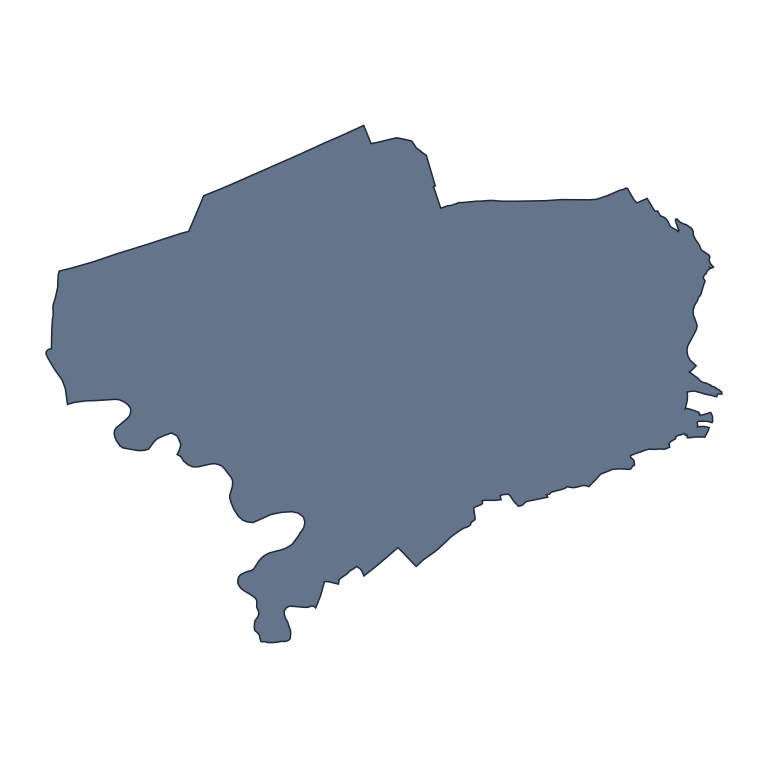 outline of Grosi, Maramures, Romania
{"feature_id": "2599482B61705992201694", "entity_name": "Grosi", "entity_type": "district", "adm_level": 2, "iso_a3": "ROU", "parent_name": "Romania", "parent_adm1": "Maramures", "projection": "natural_earth1", "projection_center": [23.601, 47.611], "detail": "fine", "context": "isolated", "style": "filled", "palette": "slate", "viewbox_px": 768, "rotation_deg": 0, "n_neighbors": 0, "source": "geoboundaries", "source_scale": "gbopen_adm2", "svg_char_len": 6092}
<svg xmlns="http://www.w3.org/2000/svg" viewBox="0 0 768 768"><path d="M315.7,607.9L320.6,595.7L324.5,581.6L328.5,581.7L338.4,584.1L339.4,579.1L347.5,573.5L349.6,570.9L352.8,569.3L356.6,566.5L360.4,569.0L362.0,571.3L363.9,576.0L377.4,565.3L398.0,547.6L403.8,553.5L416.1,566.5L423.4,559.8L434.4,552.0L438.1,549.1L450.9,537.0L454.5,534.2L460.6,530.0L464.4,527.9L466.6,527.3L468.0,526.6L469.4,525.8L470.4,524.9L471.4,522.2L472.0,521.7L473.1,521.2L474.9,519.6L475.2,519.0L475.1,517.9L474.3,512.9L473.8,508.4L474.2,507.5L475.8,506.7L477.6,506.1L481.6,504.4L482.5,503.3L482.2,500.5L488.8,500.2L494.3,500.4L501.1,499.7L500.1,495.5L502.3,494.8L508.2,494.1L510.1,495.8L513.7,501.2L518.3,506.1L519.3,506.2L520.9,505.7L522.7,504.9L525.4,502.3L526.1,501.8L527.4,501.3L547.7,497.2L546.8,495.2L546.4,494.8L548.7,494.2L549.3,494.3L550.2,493.1L551.9,491.9L554.0,491.6L556.3,490.7L560.1,490.0L564.5,488.5L565.9,487.8L567.0,486.7L571.3,487.5L573.7,487.7L577.5,487.0L582.0,485.7L584.5,485.5L586.9,485.9L588.8,486.6L596.3,479.1L599.7,475.2L600.7,474.2L601.4,473.8L607.7,471.4L611.8,469.6L613.4,469.2L619.1,468.9L629.9,469.3L630.7,468.9L633.1,465.8L633.6,465.4L634.5,465.2L634.2,461.6L633.9,460.5L632.5,458.9L631.3,458.0L630.9,457.5L630.6,456.7L630.5,456.2L630.6,455.8L631.7,455.0L633.9,454.4L634.2,454.1L636.7,453.1L640.7,452.0L644.2,450.5L648.6,449.3L649.7,449.2L654.8,449.4L659.7,449.0L664.7,449.2L665.7,448.9L669.7,447.2L669.1,444.6L668.5,444.1L668.6,443.7L671.2,441.3L675.5,438.8L675.7,438.6L675.7,437.2L676.6,436.2L679.0,435.1L679.9,435.1L684.6,433.6L685.5,435.5L687.1,435.3L687.3,437.7L690.0,437.7L693.7,437.1L696.0,437.0L704.9,437.1L706.2,434.5L707.9,431.5L709.2,427.6L706.7,426.9L703.4,426.4L700.8,426.5L697.5,427.0L697.7,425.6L697.3,423.4L697.4,421.9L698.1,421.5L699.9,421.3L705.8,421.2L707.6,421.4L712.0,422.6L712.8,420.8L712.4,418.8L712.6,417.7L712.5,416.6L712.2,415.5L711.3,413.5L710.6,412.4L710.2,412.4L706.5,413.8L703.5,414.6L701.9,415.0L699.9,415.1L700.1,414.8L700.0,414.4L698.9,413.2L698.9,412.2L696.9,411.6L693.0,410.1L688.5,408.8L686.1,408.3L685.5,408.3L685.3,408.5L687.3,400.3L687.5,395.5L687.1,391.9L688.6,391.8L691.6,391.2L694.5,391.1L701.8,393.1L704.5,394.0L711.5,395.4L716.6,396.8L717.1,395.6L718.2,393.8L721.9,394.1L721.7,391.9L721.0,391.7L719.5,390.2L713.7,386.6L711.5,386.3L711.2,386.0L710.9,385.2L708.3,384.2L707.4,383.5L701.7,381.9L698.9,379.6L698.2,378.5L689.4,372.0L690.7,371.2L696.2,365.8L690.6,360.6L689.6,359.3L688.1,356.5L687.7,355.1L687.3,353.2L687.0,350.5L687.2,348.5L687.9,345.6L694.7,332.9L696.0,330.3L696.8,327.8L697.1,326.2L696.7,323.9L693.7,315.8L693.3,314.1L693.1,311.6L693.2,310.2L694.5,305.6L697.3,300.9L698.1,298.9L698.4,297.3L700.1,295.8L701.0,294.0L703.3,286.0L705.1,281.0L703.2,277.9L704.2,275.3L706.1,273.6L706.5,273.0L706.7,271.9L707.3,271.0L708.2,270.0L709.5,269.1L710.3,268.3L709.9,267.6L711.2,268.2L712.2,267.9L713.5,267.0L710.7,264.0L709.5,261.5L709.2,260.0L709.2,258.5L709.8,257.7L709.9,257.0L709.4,255.7L708.3,254.5L707.4,254.1L705.4,252.5L703.8,251.6L701.0,249.6L699.4,245.3L698.0,243.0L695.8,240.0L693.8,236.1L693.4,234.7L693.2,232.2L692.7,230.0L691.1,227.9L686.1,224.6L683.8,224.0L681.1,222.7L679.5,221.6L677.0,219.0L675.9,219.0L675.5,219.4L675.5,220.6L677.9,228.1L678.9,230.6L678.0,231.6L676.5,230.0L671.3,227.2L670.1,226.1L668.0,221.4L666.1,218.8L664.5,217.5L660.5,215.8L659.3,214.1L657.9,211.4L657.1,211.0L654.8,211.1L647.1,198.4L636.9,202.9L633.7,199.4L627.6,188.6L625.9,188.0L623.5,189.3L619.1,190.5L607.7,195.5L596.6,199.3L589.4,199.8L561.2,199.6L545.4,200.7L517.7,201.2L503.0,201.2L497.2,200.9L493.0,200.4L488.2,200.5L481.3,201.1L475.7,201.2L471.6,201.7L461.7,202.6L459.5,202.5L457.6,202.9L455.8,204.1L454.2,204.1L452.5,205.1L450.1,205.5L447.9,205.7L440.7,208.2L433.5,186.5L435.3,185.9L426.3,155.3L420.6,151.4L420.9,151.2L416.3,147.9L412.2,141.5L411.3,141.0L410.1,140.6L397.8,137.9L395.4,138.0L377.8,142.3L371.1,143.6L363.7,125.4L339.9,136.3L325.5,142.5L300.6,153.9L247.8,177.1L222.7,188.1L203.7,195.7L199.7,205.5L188.7,231.4L181.2,233.3L148.0,244.1L116.8,253.8L93.0,261.9L72.1,267.9L59.2,271.1L58.2,274.5L57.6,287.6L55.8,295.8L54.6,300.5L53.3,304.1L52.9,306.8L53.2,314.8L52.4,319.6L51.8,329.9L51.4,347.8L51.5,348.8L49.4,349.0L48.2,349.6L47.0,350.7L46.1,352.2L46.1,354.2L47.5,357.4L52.0,365.1L55.7,371.0L62.1,380.0L65.3,388.5L67.5,404.4L74.9,402.3L85.8,400.9L97.2,400.5L115.9,399.3L119.6,399.9L124.4,402.0L128.0,404.9L130.4,408.1L130.7,410.7L130.4,413.8L128.9,416.7L125.5,420.0L116.3,427.7L114.6,430.3L114.1,433.3L114.9,437.1L116.1,440.1L119.7,445.6L122.8,447.9L138.1,450.6L144.3,450.4L148.6,449.1L154.3,441.4L157.6,438.5L163.0,436.0L171.4,433.0L174.7,434.5L177.6,436.5L180.1,442.5L180.8,444.8L179.3,450.2L177.1,454.5L180.7,456.5L183.6,461.0L187.9,464.7L192.5,466.8L197.9,466.9L211.5,463.8L212.1,464.0L212.9,463.7L215.0,463.7L218.5,464.6L221.0,465.6L222.8,466.9L225.2,469.5L226.2,471.1L230.9,477.1L231.7,478.3L232.6,481.1L232.6,482.7L232.3,486.7L229.9,494.7L229.7,496.4L229.8,498.0L230.8,501.9L233.8,509.2L238.2,516.1L242.7,520.1L246.8,521.8L253.0,522.6L271.5,514.3L282.0,512.3L291.9,511.7L298.0,513.0L302.6,516.3L303.7,517.7L304.9,522.2L303.9,527.2L302.2,530.4L300.2,532.6L298.7,535.5L292.2,544.2L289.8,545.9L284.9,548.7L279.8,550.2L270.4,552.7L268.3,553.4L264.5,555.5L261.9,557.5L258.7,561.2L253.8,568.9L251.3,570.6L248.7,571.1L246.5,571.8L240.5,574.6L238.7,577.1L238.0,579.0L237.8,580.9L237.8,582.2L238.1,583.9L239.0,585.6L240.1,587.4L241.3,588.7L244.9,591.3L249.7,594.1L254.4,597.3L255.5,598.2L256.5,600.2L256.8,601.4L256.9,602.9L256.7,604.2L256.8,607.3L257.3,608.8L258.2,610.1L258.8,613.0L258.6,614.8L257.8,616.9L255.0,620.7L254.4,624.1L254.3,627.8L254.5,629.4L255.1,630.7L258.5,633.8L259.2,634.8L260.4,640.1L260.9,641.4L261.3,641.8L262.3,641.9L264.0,641.5L267.1,642.4L268.8,642.6L272.9,642.6L277.9,642.1L281.6,641.3L284.5,641.5L285.8,641.3L288.7,640.2L289.7,639.3L290.1,638.7L290.3,637.9L290.7,633.5L290.5,630.3L289.4,627.5L287.7,622.1L285.3,617.9L284.3,614.1L284.3,610.7L286.5,607.7L289.1,606.3L292.5,606.3L305.4,607.4L308.3,607.2L311.4,605.9L313.5,606.3L315.4,607.4L315.7,607.9Z" fill="#64748b" stroke="#1e293b" stroke-width="1.5"/></svg>